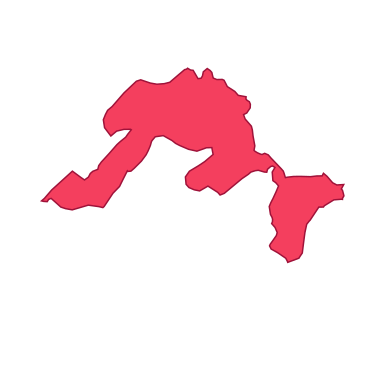 the district of Mahalet Demna, Ad Daqahliyah, Egypt, rotated 139°
{"feature_id": "37247803B51586038654960", "entity_name": "Mahalet Demna", "entity_type": "district", "adm_level": 2, "iso_a3": "EGY", "parent_name": "Egypt", "parent_adm1": "Ad Daqahliyah", "projection": "orthographic", "projection_center": [31.519, 31.09], "detail": "fine", "context": "isolated", "style": "filled", "palette": "rose", "viewbox_px": 384, "rotation_deg": 139, "n_neighbors": 0, "source": "geoboundaries", "source_scale": "gbopen_adm2", "svg_char_len": 2677}
<svg xmlns="http://www.w3.org/2000/svg" viewBox="0 0 384 384"><g transform="rotate(139 192 192)"><path d="M165.9,76.1L154.7,71.9L152.9,72.5L148.8,73.6L141.1,80.5L133.4,87.3L126.6,92.4L122.4,93.2L121.5,93.2L106.2,97.4L102.7,94.4L101.1,94.8L90.1,93.0L84.1,88.6L83.3,87.7L82.4,88.6L81.7,88.8L79.9,89.4L79.0,91.1L77.3,94.6L77.3,96.3L72.6,98.1L78.1,102.3L79.8,106.7L79.8,110.1L79.8,115.3L80.5,119.9L83.2,118.8L87.4,122.3L92.5,125.8L100.1,132.8L105.2,137.1L110.3,140.6L112.1,141.6L110.2,145.8L109.4,147.9L109.4,151.0L110.1,165.7L110.1,170.0L111.8,173.5L114.4,174.3L115.2,175.2L116.9,178.7L117.7,181.3L117.9,182.7L114.3,185.6L109.2,194.2L105.7,199.3L104.0,202.7L104.0,212.3L102.3,216.6L98.9,215.7L92.9,217.3L90.4,219.9L89.5,222.5L90.3,225.1L90.3,226.8L88.7,228.4L93.7,234.6L93.7,239.8L96.2,248.4L95.3,251.9L94.5,255.3L95.3,257.1L99.5,260.6L101.2,264.0L100.4,265.8L98.6,269.2L98.6,271.8L99.5,275.2L104.6,275.3L108.0,272.7L110.5,271.9L113.1,273.6L111.3,283.1L113.0,284.9L113.9,287.5L114.1,288.3L115.6,288.3L117.3,289.2L124.9,289.3L136.8,289.4L141.9,292.0L147.8,296.4L152.0,301.6L157.1,310.3L158.7,311.0L161.3,312.1L178.3,311.4L196.2,308.9L202.1,309.0L204.1,308.2L206.4,307.3L211.5,304.7L215.8,297.9L216.5,287.5L209.0,287.4L202.2,283.9L197.2,279.6L197.0,278.8L202.4,277.8L205.9,276.9L207.4,276.9L212.4,277.1L214.4,277.1L217.6,277.0L229.3,275.4L240.8,274.1L245.1,273.1L248.2,270.9L251.0,271.9L253.3,272.7L256.6,272.7L260.4,271.2L265.2,271.6L266.3,275.8L268.6,286.2L296.5,285.6L307.6,284.0L311.4,284.0L310.2,282.3L307.6,279.7L305.1,280.5L302.5,279.6L301.4,271.0L300.9,266.7L299.1,263.7L298.3,262.3L297.7,261.6L294.1,257.1L279.3,250.3L279.0,250.2L278.8,250.0L272.0,242.2L270.9,240.7L269.5,238.7L267.8,238.7L252.5,242.9L243.1,243.7L236.2,246.6L226.9,250.4L226.9,249.6L224.4,247.8L222.5,247.8L220.1,247.8L209.9,248.5L202.2,250.2L198.0,251.9L192.9,254.4L189.9,256.4L188.6,257.0L183.5,257.8L176.7,253.4L173.3,243.9L172.5,239.5L170.8,235.2L166.6,226.5L161.5,219.6L154.7,216.9L152.2,216.0L147.9,212.5L149.7,209.5L151.4,206.5L162.4,206.6L170.1,207.6L176.3,208.7L180.3,209.4L187.1,207.7L191.4,201.7L191.4,198.5L191.4,197.4L188.9,192.2L185.5,187.8L176.1,186.0L172.8,174.8L172.8,171.3L168.5,169.8L145.6,169.3L137.9,168.4L134.5,168.4L130.3,166.6L127.7,164.9L124.3,159.6L122.6,157.9L120.1,159.6L115.8,159.6L114.1,158.7L113.3,156.1L118.4,154.4L123.5,147.5L122.7,144.1L122.7,140.7L122.7,139.8L128.4,137.0L135.5,133.8L136.6,133.4L139.8,132.1L143.2,130.4L147.5,123.6L148.3,120.1L149.2,118.4L150.9,116.7L152.6,115.9L152.6,110.7L154.3,105.5L156.9,103.8L163.7,102.1L167.1,101.3L168.8,100.5L169.7,97.0L167.2,90.1L164.7,80.5L165.5,77.1L165.9,76.1Z" fill="#f43f5e" stroke="#9f1239" stroke-width="1.5"/></g></svg>